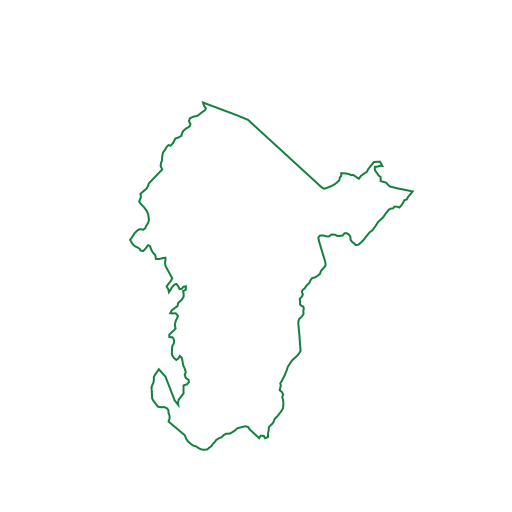 Paramirim, Bahia, Brazil, rotated 56°
{"feature_id": "56859067B35436689677217", "entity_name": "Paramirim", "entity_type": "district", "adm_level": 2, "iso_a3": "BRA", "parent_name": "Brazil", "parent_adm1": "Bahia", "projection": "albers", "projection_center": [-42.216, -13.498], "detail": "fine", "context": "isolated", "style": "outline", "palette": "green", "viewbox_px": 512, "rotation_deg": 56, "n_neighbors": 0, "source": "geoboundaries", "source_scale": "gbopen_adm2", "svg_char_len": 4539}
<svg xmlns="http://www.w3.org/2000/svg" viewBox="0 0 512 512"><g transform="rotate(56 256 256)"><path d="M290.1,90.0L278.0,101.9L273.0,106.3L270.3,106.8L267.9,107.1L265.7,109.0L263.6,110.8L260.2,108.5L257.6,109.4L255.0,109.3L252.4,109.5L250.4,109.0L248.6,107.5L249.8,105.5L250.5,102.9L252.0,100.9L247.1,100.5L245.1,103.8L244.0,105.7L246.2,112.7L246.9,114.8L248.2,117.0L248.1,121.0L248.3,124.2L249.5,127.6L243.3,130.0L242.1,132.0L239.9,133.2L238.1,135.0L236.3,137.4L235.0,139.0L237.3,140.6L237.8,142.7L239.7,144.3L240.3,147.4L240.5,150.2L240.4,152.3L240.0,155.4L239.2,159.0L238.3,162.0L235.7,163.2L138.6,186.5L128.1,193.5L99.2,214.1L102.5,215.1L105.6,215.0L106.7,216.8L106.6,219.8L106.8,222.8L107.1,225.1L106.7,227.2L105.4,230.2L104.9,233.7L106.7,236.2L110.0,236.6L111.4,238.3L111.4,240.7L111.2,243.0L111.6,246.2L112.8,248.6L114.6,250.4L114.4,254.1L113.5,257.2L115.0,259.8L116.1,262.1L116.8,265.2L115.1,266.5L115.6,269.0L117.0,271.8L118.2,275.3L120.3,277.4L122.4,279.2L124.5,280.8L125.6,282.7L128.4,284.9L131.8,285.3L135.9,304.2L137.7,306.6L139.1,309.6L139.2,312.0L139.8,317.0L142.9,318.5L144.2,320.4L145.5,322.4L149.0,322.4L152.3,321.6L154.7,321.5L157.2,321.4L161.1,322.1L163.4,323.2L166.4,324.7L168.4,327.2L169.4,329.8L171.1,332.5L171.1,335.0L169.4,336.5L168.4,338.6L168.7,341.2L169.2,343.9L170.9,347.7L172.2,351.3L175.5,351.6L178.4,351.5L180.7,350.7L182.5,349.5L184.8,348.5L186.9,348.7L188.8,346.6L188.2,343.9L187.4,341.5L186.7,339.4L188.6,338.3L190.9,339.0L193.4,339.5L195.6,339.5L198.8,339.0L202.5,340.6L204.5,337.7L205.5,334.8L206.8,332.1L208.7,333.3L210.5,335.0L213.5,336.6L227.6,337.9L229.4,341.5L230.2,344.4L231.4,347.2L234.5,347.3L237.3,348.4L236.3,346.0L235.0,343.2L234.1,339.6L234.7,337.6L237.6,337.3L240.7,337.9L241.7,335.7L240.9,333.7L241.9,331.1L244.7,333.1L244.3,336.0L246.4,336.9L249.1,338.6L250.6,341.5L251.1,344.1L251.4,346.8L253.7,349.2L253.7,352.6L253.9,356.2L255.5,359.1L257.2,356.9L258.6,354.6L262.2,354.2L263.6,356.5L264.8,358.7L267.7,361.8L271.1,363.2L271.7,365.4L272.1,368.2L272.7,371.9L274.8,373.2L276.5,370.8L278.8,370.7L280.8,371.5L282.5,373.1L283.9,375.8L285.4,377.1L287.8,378.8L289.6,380.2L291.5,381.0L294.6,381.1L297.6,380.2L297.5,377.5L296.3,375.0L299.0,374.5L301.1,375.3L303.1,376.3L306.1,377.5L308.7,377.9L310.7,378.4L313.1,379.2L314.6,381.5L317.7,382.4L321.0,381.2L322.9,382.0L323.8,384.8L322.8,388.4L325.9,390.6L329.5,393.0L330.7,396.9L331.8,400.3L333.7,402.5L336.1,403.8L330.3,404.2L305.4,398.5L295.5,399.9L296.4,401.8L297.2,404.2L299.0,408.2L301.6,410.0L303.6,411.8L305.1,414.4L306.7,416.2L309.6,417.9L312.4,419.5L315.9,421.7L318.2,422.0L320.2,421.9L323.4,421.7L326.1,421.6L328.7,418.8L330.0,416.5L332.2,415.1L334.6,414.8L337.4,416.3L340.2,417.1L342.2,418.3L344.4,421.1L364.6,415.3L368.8,416.1L371.8,416.1L374.8,415.3L376.7,414.6L378.6,413.7L380.6,412.0L383.3,411.0L385.7,409.5L387.4,407.8L389.1,404.6L388.8,402.3L388.7,399.4L387.7,396.9L387.3,394.8L386.3,391.8L386.4,388.4L387.0,385.8L386.4,383.0L386.6,380.3L388.6,376.9L388.8,374.6L388.9,371.4L388.4,367.9L389.4,364.9L390.2,362.5L391.2,360.1L393.2,358.2L396.2,358.2L408.8,355.3L407.6,352.7L409.4,350.1L412.1,350.4L412.8,347.4L409.3,344.8L407.3,342.7L405.2,341.1L404.5,338.4L404.2,336.4L403.4,334.3L401.5,331.6L400.7,327.4L399.5,323.9L398.6,321.3L397.3,318.7L394.9,316.8L392.7,315.2L390.5,314.1L387.6,313.1L386.0,310.9L383.3,310.6L380.5,311.4L378.7,309.5L377.4,307.9L375.2,307.1L373.8,304.1L372.5,301.9L370.9,298.9L369.4,296.7L367.9,294.4L365.7,291.6L364.0,287.8L362.6,284.2L362.2,281.0L361.7,277.6L360.8,274.7L359.7,272.2L350.0,266.7L347.4,265.1L339.3,260.7L335.3,258.5L333.6,257.1L332.3,255.3L332.0,253.0L331.4,250.8L330.5,248.9L328.4,247.8L326.2,245.7L324.3,245.1L322.7,246.3L320.6,246.5L318.8,245.1L315.9,243.6L315.4,240.8L314.0,238.6L311.2,238.0L310.2,236.2L310.1,233.9L309.2,231.8L308.6,229.6L308.1,226.8L306.6,224.5L305.7,221.9L306.6,219.6L306.9,217.0L306.6,213.0L304.7,210.4L303.0,203.9L300.6,202.3L297.5,201.2L292.1,199.6L279.3,195.6L275.6,194.1L274.8,191.5L276.7,188.6L279.2,186.6L280.6,184.5L280.3,181.6L282.5,178.6L285.0,177.3L286.4,174.9L287.5,172.7L286.7,169.9L287.7,168.1L290.1,167.0L292.9,167.0L295.5,168.6L298.2,168.4L300.6,167.5L302.7,167.2L303.9,164.8L303.5,161.4L302.8,157.6L301.8,154.9L300.9,151.9L299.9,148.6L299.8,145.3L298.3,140.9L297.1,138.1L296.2,136.1L295.7,133.2L295.1,129.4L294.2,126.8L293.2,124.4L292.5,122.0L291.8,120.0L292.1,117.8L293.1,115.8L292.5,113.6L294.0,111.4L296.0,110.0L295.2,106.8L294.0,104.1L292.7,101.9L293.4,99.4L292.2,97.4L291.2,93.7L290.1,90.0Z" fill="none" stroke="#15803d" stroke-width="2"/></g></svg>